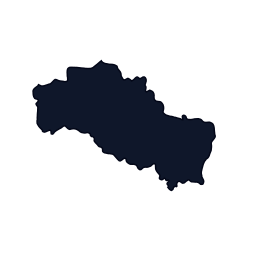 the district of Ushachy, Vitebsk, Belarus, rotated 49°
{"feature_id": "67162791B55947192119521", "entity_name": "Ushachy", "entity_type": "district", "adm_level": 2, "iso_a3": "BLR", "parent_name": "Belarus", "parent_adm1": "Vitebsk", "projection": "orthographic", "projection_center": [28.697, 55.126], "detail": "fine", "context": "isolated", "style": "filled", "palette": "ink", "viewbox_px": 256, "rotation_deg": 49, "n_neighbors": 0, "source": "geoboundaries", "source_scale": "gbopen_adm2", "svg_char_len": 5624}
<svg xmlns="http://www.w3.org/2000/svg" viewBox="0 0 256 256"><g transform="rotate(49 128 128)"><path d="M202.8,88.8L202.9,87.5L202.6,86.1L202.1,84.9L201.1,83.3L200.4,81.9L199.5,80.1L198.5,79.0L197.2,77.6L196.2,76.7L195.2,76.0L194.1,75.2L193.5,74.4L193.1,73.4L193.0,72.6L192.7,71.2L192.4,69.7L192.0,68.4L191.5,67.7L190.8,67.2L189.6,66.7L188.4,65.8L187.2,65.0L185.7,63.9L184.5,63.0L182.8,62.0L181.9,61.7L180.8,61.4L179.7,61.5L178.1,62.1L177.0,62.8L176.3,63.7L174.9,65.6L173.7,66.7L172.5,67.2L171.4,67.3L170.0,67.3L169.0,67.6L167.2,68.8L166.4,69.8L164.8,71.9L164.0,73.4L162.9,75.1L162.1,75.9L161.6,76.5L160.8,77.2L159.6,77.6L158.8,77.5L157.9,77.0L157.0,76.8L156.2,76.9L155.6,77.1L154.8,77.8L154.6,78.6L154.8,79.3L155.6,79.9L157.1,80.6L157.7,81.1L157.1,81.8L155.7,82.3L154.4,83.1L152.9,84.2L151.2,85.2L150.2,86.1L148.9,86.8L147.8,87.6L146.8,88.6L145.0,89.7L143.4,90.7L142.3,91.1L140.5,91.4L139.3,91.4L138.6,90.8L137.3,89.1L136.8,88.5L135.5,87.4L134.6,86.9L133.3,86.3L131.7,86.1L130.5,86.1L129.5,86.4L128.6,87.1L127.8,87.9L126.9,88.6L126.0,89.3L124.8,89.4L123.7,89.4L123.1,89.1L122.1,88.4L121.4,87.9L120.8,87.2L120.1,86.7L119.2,86.1L117.9,85.7L116.8,85.6L115.7,85.9L114.6,86.4L113.8,86.8L113.5,87.9L113.3,88.6L113.1,89.8L112.8,90.4L112.2,90.6L111.8,90.6L110.8,89.8L110.0,88.8L109.4,88.1L108.4,87.4L107.8,87.3L107.1,87.2L106.6,87.0L106.2,86.2L105.2,84.7L104.6,83.7L103.7,82.9L103.0,82.4L101.5,82.0L100.3,82.2L99.4,83.2L99.2,84.6L98.9,85.9L98.7,86.5L97.8,87.0L97.1,87.1L95.8,87.4L95.2,88.2L95.1,89.7L95.2,90.6L95.3,92.1L95.2,93.1L94.8,94.4L93.3,94.6L92.3,94.8L91.4,95.1L90.5,95.5L90.2,96.3L90.0,97.4L89.6,98.8L89.0,99.5L88.1,99.8L86.9,99.6L85.3,99.3L84.4,99.1L83.4,98.5L82.7,97.9L81.4,97.3L80.2,97.0L79.3,97.0L78.1,96.9L76.9,96.9L75.8,96.6L74.2,95.8L73.5,96.0L72.6,96.3L71.7,96.7L70.8,97.3L69.9,98.0L69.0,98.9L67.6,100.4L65.9,101.7L64.6,102.8L63.6,103.4L61.9,104.1L60.0,104.2L59.8,104.1L59.7,105.4L59.7,107.8L59.7,109.6L59.6,111.2L59.5,113.4L59.5,114.7L58.8,116.8L57.4,118.6L56.5,119.6L55.3,120.9L53.9,122.1L52.4,123.6L48.9,126.8L46.3,129.6L44.6,131.5L43.9,132.5L43.7,133.6L43.8,134.6L44.5,135.8L45.2,136.5L46.1,137.4L47.4,138.4L49.1,139.8L50.1,140.3L50.7,140.8L51.8,141.6L52.5,142.5L52.7,143.3L52.5,144.1L51.9,144.9L51.2,145.7L50.2,146.4L48.6,147.9L47.5,148.8L46.2,149.6L45.0,150.1L44.3,150.5L43.6,151.2L43.5,152.8L43.7,154.7L43.8,156.9L43.8,157.6L43.0,159.1L42.5,160.5L41.9,161.8L41.2,163.5L40.4,164.8L39.4,165.9L37.6,166.7L36.6,167.1L37.1,168.4L36.9,170.7L36.8,172.8L37.2,174.4L37.8,175.4L39.3,176.5L40.0,177.1L41.0,177.8L42.6,178.6L44.5,178.9L45.4,178.5L46.2,177.9L47.3,177.4L48.1,177.5L48.9,178.2L49.2,180.0L49.3,181.3L50.1,181.9L51.8,182.1L52.5,182.1L53.6,182.7L54.7,183.8L55.2,184.3L56.0,185.0L57.2,186.3L58.4,187.5L59.5,188.5L60.7,189.7L62.2,190.9L62.9,191.9L64.9,193.5L66.5,193.9L68.5,194.2L70.2,194.2L71.7,194.1L73.3,194.1L74.2,194.2L74.4,194.6L74.7,194.6L75.6,194.2L76.3,193.7L76.9,192.4L77.2,191.3L77.7,189.9L78.0,189.0L78.6,188.3L79.3,188.2L80.2,188.2L80.7,188.8L81.3,189.3L82.1,189.7L82.9,189.2L83.2,188.6L83.1,187.4L82.8,186.4L82.8,185.2L82.9,183.8L83.1,182.6L83.3,181.4L83.6,180.1L84.0,178.4L84.1,176.8L84.2,175.3L84.8,174.4L85.6,173.9L86.7,173.9L87.7,173.8L88.9,173.7L89.5,173.5L90.4,173.2L90.8,172.8L91.7,171.1L92.7,169.6L93.9,168.5L95.1,167.7L96.4,167.2L97.8,166.8L99.6,166.5L100.8,166.0L102.1,165.0L103.1,164.2L104.0,163.0L104.4,162.1L104.9,161.5L105.8,160.9L106.5,160.6L107.3,160.4L108.1,160.6L108.8,161.1L109.4,161.2L110.5,161.1L110.9,160.6L111.7,160.1L112.8,160.0L113.4,160.1L114.5,160.8L115.1,161.6L115.7,162.0L117.6,162.2L118.7,162.1L120.5,162.0L122.1,162.1L123.0,162.0L124.0,161.4L124.9,160.8L125.8,160.6L127.1,160.9L127.6,161.3L127.9,161.6L129.0,162.4L130.0,162.4L131.2,162.0L132.0,161.4L132.9,160.7L134.3,159.7L135.5,158.4L136.2,157.9L137.6,156.7L139.0,156.3L140.4,156.3L141.7,156.3L144.9,156.3L146.9,156.1L147.7,155.5L147.9,154.7L148.1,153.4L148.1,152.5L148.2,151.5L148.4,150.7L149.0,150.1L149.7,149.9L150.3,149.9L150.9,150.1L151.2,150.5L151.6,150.8L152.3,151.0L153.2,151.1L154.4,150.9L155.5,150.6L156.7,150.1L158.4,148.3L158.9,147.6L160.0,146.8L160.8,146.3L162.0,146.1L163.3,146.3L164.3,146.7L165.2,146.8L166.3,146.7L167.2,146.4L167.8,145.6L167.9,144.8L167.8,143.2L168.0,142.0L168.7,140.7L169.4,140.0L170.0,139.3L170.5,138.6L171.1,137.1L171.6,135.8L171.5,134.5L171.6,132.7L171.8,131.8L172.4,131.3L173.6,131.3L174.7,132.0L175.3,132.6L176.0,133.1L177.0,133.9L178.0,134.3L179.2,134.6L180.8,134.8L182.0,134.8L183.2,134.8L184.6,135.0L185.3,135.5L185.7,136.2L186.1,136.8L186.8,137.4L187.6,137.4L188.9,136.8L189.3,136.3L189.6,135.4L189.6,134.4L189.8,133.5L190.5,133.2L191.2,133.2L191.9,133.6L192.8,133.3L193.2,133.1L193.4,132.8L193.4,132.1L193.8,131.7L194.5,131.6L195.1,131.9L195.2,133.3L195.2,134.1L195.6,135.0L196.1,135.3L196.9,135.4L197.8,135.3L198.4,135.6L198.9,136.6L198.9,136.8L199.0,136.8L200.1,136.9L200.8,136.9L201.5,136.9L202.6,136.6L203.2,136.4L203.5,136.3L203.8,135.1L203.7,134.3L203.5,133.9L202.8,132.9L202.7,131.9L202.9,130.8L203.2,130.4L204.0,129.9L204.0,129.5L203.9,129.2L202.6,128.4L201.9,127.6L201.2,126.2L201.3,125.2L201.7,124.6L202.4,123.8L203.2,123.6L204.3,123.4L204.9,123.2L205.4,123.0L206.2,121.8L206.3,121.1L206.3,119.7L206.3,118.7L206.6,117.2L206.7,116.4L207.3,115.9L208.0,115.9L209.7,115.6L210.4,115.2L211.4,114.1L213.0,112.6L213.6,111.8L214.8,110.9L216.0,110.4L216.6,110.3L218.1,110.1L218.8,109.4L219.4,108.4L219.0,107.3L218.2,106.1L217.0,105.3L215.1,104.8L213.2,104.3L212.3,103.6L210.6,102.7L209.2,101.5L208.4,100.4L207.2,98.8L206.3,97.4L205.6,96.4L204.5,94.7L203.9,93.3L203.4,92.4L203.0,90.3L202.7,89.4L202.8,88.8Z" fill="#0f172a" stroke="#020617" stroke-width="1.5"/></g></svg>